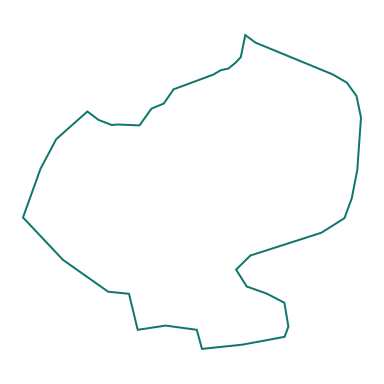 an SVG outline of Vilakas
{"feature_id": "LVA-5742", "entity_name": "Vilakas", "entity_type": "Municipality", "adm_level": 1, "iso_a3": "LVA", "parent_name": "Latvia", "parent_adm1": "", "projection": "equal_earth", "projection_center": [27.651, 57.187], "detail": "fine", "context": "isolated", "style": "outline", "palette": "teal", "viewbox_px": 384, "rotation_deg": 0, "n_neighbors": 0, "source": "natural_earth", "source_scale": "10m", "svg_char_len": 613}
<svg xmlns="http://www.w3.org/2000/svg" viewBox="0 0 384 384"><path d="M245.3,35.1L255.6,42.7L332.7,74.4L346.9,82.7L356.5,96.0L361.0,117.6L357.3,169.7L351.8,198.2L344.5,218.1L321.4,232.7L250.4,255.5L236.1,269.6L246.7,286.5L266.5,293.5L284.4,302.8L288.4,326.6L284.6,336.8L242.1,344.7L202.0,348.9L196.8,329.8L165.5,325.6L137.7,329.8L129.0,293.8L108.1,291.7L63.0,259.9L23.0,217.5L40.5,168.8L56.2,139.2L87.4,111.5L98.5,119.9L111.6,125.0L117.6,124.5L139.5,125.4L151.5,108.6L163.8,103.5L173.6,89.3L213.3,74.6L220.8,70.2L228.5,68.5L235.8,62.5L240.8,57.1L245.3,35.1Z" fill="none" stroke="#0f766e" stroke-width="2"/></svg>